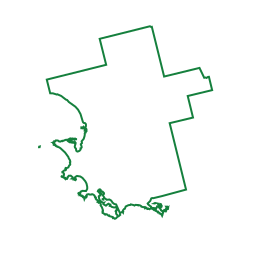 Streaky Bay, South Australia, Australia, rotated 346°
{"feature_id": "25037944B67387382130548", "entity_name": "Streaky Bay", "entity_type": "district", "adm_level": 2, "iso_a3": "AUS", "parent_name": "Australia", "parent_adm1": "South Australia", "projection": "albers", "projection_center": [134.306, -32.738], "detail": "fine", "context": "isolated", "style": "outline", "palette": "green", "viewbox_px": 256, "rotation_deg": 346, "n_neighbors": 0, "source": "geoboundaries", "source_scale": "gbopen_adm2", "svg_char_len": 5772}
<svg xmlns="http://www.w3.org/2000/svg" viewBox="0 0 256 256"><g transform="rotate(346 128 128)"><path d="M60.9,75.5L63.5,76.2L67.0,78.3L67.6,78.2L70.9,80.7L74.6,85.4L75.7,86.1L76.9,88.5L82.1,94.6L84.0,98.2L85.3,103.0L85.7,111.3L86.2,112.3L87.5,112.9L88.0,113.8L88.0,114.6L87.6,116.1L86.5,117.1L86.4,118.5L87.1,118.3L87.4,119.2L87.0,120.9L86.2,120.9L85.9,122.1L85.2,122.1L84.7,122.7L84.6,123.6L83.9,125.3L82.4,127.8L79.8,129.7L79.7,131.5L78.3,132.3L78.2,132.7L78.5,134.3L78.4,135.5L77.8,136.1L77.0,136.2L76.8,137.4L75.4,138.4L73.5,138.7L72.9,138.4L72.3,137.5L72.5,135.4L71.8,134.1L71.9,132.9L73.0,131.1L72.8,130.6L73.6,129.9L73.4,129.4L73.3,129.9L72.5,129.9L71.8,129.2L71.8,128.9L72.3,129.3L71.8,128.6L70.7,128.8L69.9,128.2L69.8,128.5L69.4,128.3L69.8,128.1L67.9,127.7L66.5,126.1L66.1,125.3L67.1,125.7L68.4,125.4L69.0,125.7L68.7,125.8L69.9,126.1L70.9,125.9L69.9,125.7L71.1,125.2L71.0,125.6L71.2,125.8L75.8,126.5L74.6,126.1L74.2,125.5L70.8,125.0L70.6,124.6L69.4,124.1L66.8,124.8L64.6,124.4L61.2,124.9L61.0,124.5L59.0,124.8L57.9,124.4L57.3,123.5L56.4,123.0L54.9,122.6L54.2,123.3L53.4,123.1L53.4,123.4L52.3,123.7L52.6,123.8L52.2,124.1L52.4,124.5L51.8,125.0L52.1,125.5L52.0,125.9L52.6,125.8L52.4,126.5L53.3,126.7L53.1,127.2L53.8,127.7L53.8,128.2L55.0,128.8L54.9,129.1L56.5,130.1L57.6,131.3L61.0,136.5L63.1,141.7L63.2,143.1L63.9,145.2L63.9,146.6L63.7,147.2L63.3,147.3L63.2,149.2L62.9,149.7L61.9,150.1L60.6,151.8L58.5,152.1L57.9,151.7L57.5,152.0L57.9,153.2L57.4,153.8L56.8,153.9L56.2,153.6L53.6,154.8L53.6,155.2L54.3,155.4L54.8,156.9L54.7,157.6L54.3,157.9L54.2,158.8L53.4,159.5L52.0,158.8L51.8,159.1L52.4,159.8L53.7,160.2L53.9,160.9L55.1,161.2L55.1,161.7L54.7,162.0L55.0,162.6L55.5,162.4L56.6,162.6L57.0,161.9L57.5,161.6L57.5,161.1L59.0,160.0L60.9,160.4L62.5,162.6L62.5,163.3L61.6,163.6L62.9,164.1L62.8,164.5L63.2,164.4L63.5,165.3L64.4,165.9L65.1,165.2L65.0,164.8L64.5,164.9L64.2,164.4L64.6,163.2L65.1,162.7L66.9,162.2L70.0,163.5L71.8,165.5L73.7,169.4L74.3,171.9L74.2,175.3L73.7,177.2L72.0,179.0L68.4,177.9L67.5,178.3L67.0,178.2L66.0,179.0L64.3,179.1L64.0,179.5L64.1,179.8L64.7,180.3L64.5,180.6L65.1,180.7L65.0,181.1L65.5,180.9L65.3,181.5L65.9,181.8L65.9,182.1L66.2,182.1L66.5,182.7L67.0,182.6L67.4,183.8L67.9,183.5L68.1,183.8L68.2,184.8L68.7,185.4L68.5,185.7L68.5,186.4L69.3,185.4L69.2,184.9L69.7,184.7L70.5,185.3L71.1,184.9L71.4,184.3L70.8,183.8L72.2,182.6L73.9,182.7L74.9,183.4L76.5,183.7L77.1,183.5L78.3,184.3L79.2,185.5L79.2,186.9L79.7,187.1L80.0,187.8L79.5,188.7L79.9,189.2L79.9,189.7L80.5,190.2L80.9,190.9L80.9,191.7L81.2,191.7L80.8,192.2L81.3,192.3L81.2,192.7L81.8,192.8L81.7,193.5L82.6,193.6L83.0,194.3L83.1,196.0L82.7,196.5L83.5,198.6L83.8,201.7L83.4,202.2L83.6,202.5L83.4,203.0L82.9,203.3L82.8,204.3L83.7,204.9L84.6,206.3L85.5,206.2L85.6,206.6L86.0,206.5L87.0,207.0L87.6,208.1L88.2,208.6L88.6,208.5L88.6,209.0L91.5,210.6L91.8,210.9L91.5,211.5L91.6,211.9L92.7,212.1L93.3,212.9L94.5,212.7L96.9,211.2L96.3,209.3L95.9,208.9L95.8,207.9L96.2,206.7L95.9,206.1L97.1,205.2L96.6,205.1L95.9,205.9L96.0,205.5L97.9,204.0L98.0,203.5L96.9,201.8L96.3,202.0L94.7,201.5L93.0,200.5L92.6,199.7L91.5,199.2L92.3,198.0L91.7,197.7L91.8,198.0L91.5,197.9L90.9,196.8L89.8,197.0L87.8,198.0L85.7,196.0L85.9,195.2L86.5,194.7L85.9,194.7L83.7,192.4L83.2,191.5L82.9,189.6L83.1,187.2L84.0,186.7L84.8,186.8L84.9,186.3L85.8,186.0L86.1,185.4L85.3,185.3L84.5,183.9L85.6,182.8L84.7,182.4L83.9,182.8L83.4,182.1L84.0,181.3L84.8,181.2L85.2,180.7L85.9,180.7L86.5,181.4L86.6,182.7L86.0,183.0L86.1,183.4L87.1,183.2L87.9,183.5L88.9,185.2L88.8,186.1L87.9,186.4L87.4,187.3L88.0,189.3L87.8,190.1L88.8,190.9L90.0,192.5L92.7,192.9L94.1,194.3L95.1,196.9L96.3,198.4L98.0,199.3L99.6,208.6L102.1,208.0L102.6,208.8L102.7,208.4L103.1,208.1L102.8,207.4L103.1,206.8L104.5,205.7L105.4,205.6L106.8,203.6L109.7,203.0L111.7,203.2L112.2,202.8L114.7,204.1L115.5,204.8L116.6,204.4L119.2,205.2L119.3,205.6L119.9,205.5L120.8,205.9L122.0,207.1L122.0,207.6L123.8,208.6L124.5,208.5L125.1,208.9L125.1,209.5L125.4,209.3L125.5,209.7L126.2,209.5L126.7,210.1L126.6,210.6L127.0,210.7L127.2,211.2L127.8,211.1L127.8,211.4L129.2,211.7L129.4,212.0L130.3,211.6L131.1,211.6L131.7,212.2L132.3,212.4L133.4,213.9L134.6,213.7L134.7,214.3L135.1,214.4L134.8,215.1L135.7,215.6L136.1,216.3L136.6,216.3L136.6,216.9L136.9,216.9L136.9,217.2L137.2,217.2L138.1,218.1L137.9,218.6L138.8,219.2L139.7,220.4L139.9,221.4L140.6,220.4L140.6,219.4L141.4,219.0L141.7,218.4L141.5,218.0L141.7,217.6L143.3,217.4L144.5,218.1L145.0,217.6L145.0,217.0L144.8,216.6L143.4,216.7L143.2,216.6L143.5,216.4L143.4,216.3L141.7,217.1L140.7,216.6L140.1,215.7L140.1,215.0L138.9,212.6L139.7,212.2L140.8,212.9L142.1,212.2L142.5,212.3L141.9,211.9L141.6,211.4L141.6,210.0L141.0,209.6L140.5,211.1L139.0,212.2L137.3,211.1L136.2,212.6L134.9,212.4L131.6,211.1L131.2,210.4L131.3,209.8L130.6,209.1L129.0,206.9L128.8,206.0L131.9,204.2L133.5,202.0L134.5,201.8L135.4,202.2L144.3,202.3L169.4,201.8L169.6,133.4L193.6,133.6L193.7,111.4L218.8,111.6L218.9,97.9L218.0,97.8L216.3,98.4L215.5,97.8L214.1,97.7L211.9,87.0L175.5,86.8L175.6,35.6L174.9,35.6L173.9,34.6L122.1,34.6L122.1,61.4L60.9,61.4L60.9,75.5ZM145.4,215.7L145.8,216.2L147.1,216.3L147.4,215.6L147.0,215.9L147.5,215.5L147.8,214.6L147.6,214.9L147.3,213.9L146.1,213.6L146.5,214.7L145.8,214.9L145.4,215.5L145.4,214.9L145.4,215.3L145.4,215.7ZM85.1,116.6L85.0,116.1L84.3,116.5L82.9,116.1L82.7,116.9L84.0,117.2L84.3,117.6L85.4,117.5L85.8,117.1L85.1,116.6ZM136.1,207.3L135.2,207.5L135.7,207.7L136.7,207.6L136.1,207.3ZM86.1,191.2L86.7,191.5L86.9,190.7L86.2,190.8L86.1,191.2ZM37.1,125.1L37.6,125.2L37.9,124.6L37.3,124.6L37.1,125.1ZM138.8,209.3L139.0,209.9L139.6,209.9L139.2,209.3L138.8,209.3ZM98.8,210.7L99.4,210.4L99.3,209.8L99.0,210.1L98.8,210.7ZM85.3,120.1L85.5,120.2L85.9,119.9L85.5,119.7L85.3,120.1Z" fill="none" stroke="#15803d" stroke-width="2"/></g></svg>